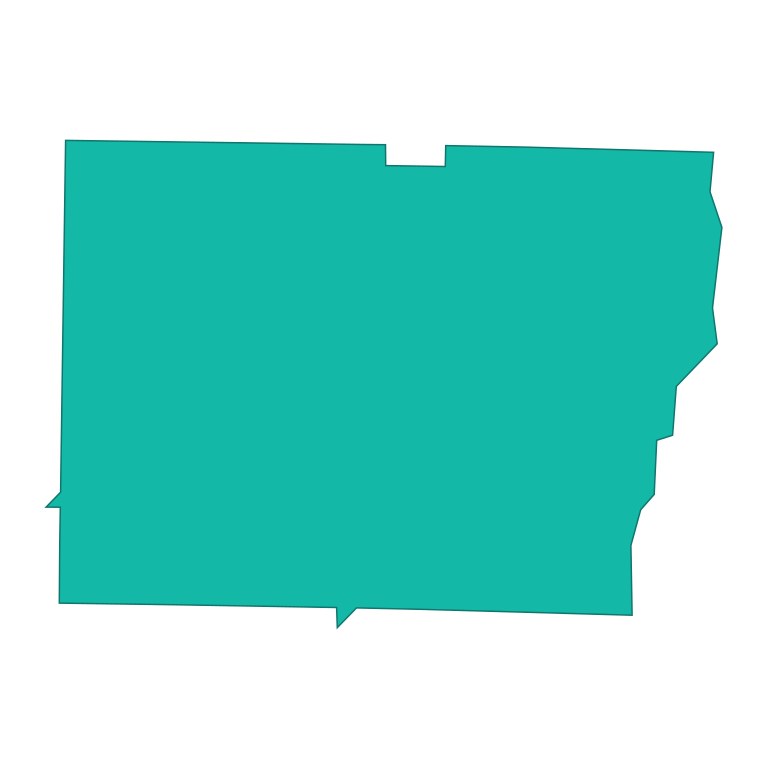 Colquitt, Georgia, United States of America
{"feature_id": "52423323B91495403121400", "entity_name": "Colquitt", "entity_type": "district", "adm_level": 2, "iso_a3": "USA", "parent_name": "United States of America", "parent_adm1": "Georgia", "projection": "robinson", "projection_center": [-83.721, 31.18], "detail": "fine", "context": "isolated", "style": "filled", "palette": "teal", "viewbox_px": 768, "rotation_deg": 0, "n_neighbors": 0, "source": "geoboundaries", "source_scale": "gbopen_adm2", "svg_char_len": 486}
<svg xmlns="http://www.w3.org/2000/svg" viewBox="0 0 768 768"><path d="M416.0,609.2L632.1,615.2L630.9,545.4L640.7,509.7L654.2,494.4L656.7,440.3L672.6,435.2L676.3,386.4L717.2,343.8L712.5,307.9L721.9,227.4L710.0,191.8L713.6,152.3L525.3,147.1L445.7,145.6L445.3,166.5L385.7,165.6L385.5,144.7L363.3,144.5L65.6,140.4L60.6,492.2L46.1,507.1L60.3,507.2L59.7,546.7L59.3,603.1L173.2,604.7L336.6,607.5L337.3,627.6L356.5,607.9L416.0,609.2Z" fill="#14b8a6" stroke="#0f766e" stroke-width="1.5"/></svg>